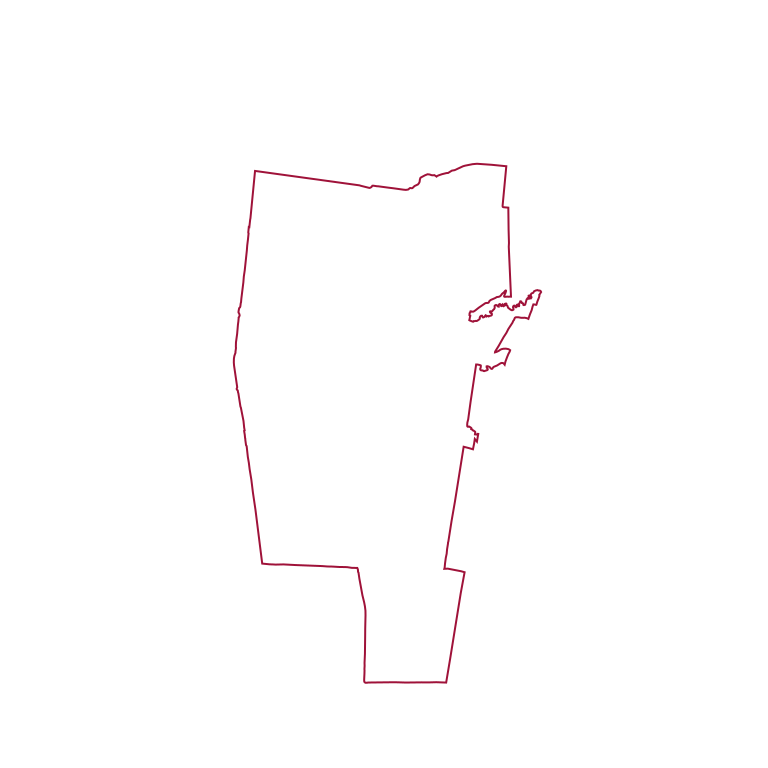 the district of Tatarastii De Sus, Teleorman, Romania, rotated 128°
{"feature_id": "2599482B7742173456178", "entity_name": "Tatarastii De Sus", "entity_type": "district", "adm_level": 2, "iso_a3": "ROU", "parent_name": "Romania", "parent_adm1": "Teleorman", "projection": "orthographic", "projection_center": [25.114, 44.405], "detail": "fine", "context": "isolated", "style": "outline", "palette": "rose", "viewbox_px": 768, "rotation_deg": 128, "n_neighbors": 0, "source": "geoboundaries", "source_scale": "gbopen_adm2", "svg_char_len": 6082}
<svg xmlns="http://www.w3.org/2000/svg" viewBox="0 0 768 768"><g transform="rotate(128 384 384)"><path d="M217.6,486.3L219.0,488.5L224.1,497.3L226.5,501.3L231.9,510.5L232.5,511.3L234.3,514.5L234.9,515.2L236.6,515.2L237.8,515.7L238.3,516.0L238.7,516.7L242.0,524.1L242.6,525.7L295.5,616.8L335.6,591.3L336.8,590.7L343.3,586.7L343.5,587.2L348.1,584.3L348.5,583.9L348.6,583.5L354.0,580.1L359.0,577.1L363.2,574.3L380.2,563.7L385.5,560.7L390.5,557.4L404.5,549.0L407.6,547.0L408.6,546.6L411.1,545.1L412.1,544.7L413.5,544.8L416.4,543.3L417.3,542.6L417.6,541.6L418.6,540.2L419.0,539.9L420.3,539.5L421.1,539.5L421.4,539.2L424.5,537.2L426.9,535.8L434.9,530.6L442.3,526.3L446.2,523.4L446.6,522.9L450.2,520.8L450.9,520.2L451.4,520.1L454.0,519.2L456.4,517.9L459.5,515.6L461.8,513.5L476.9,497.7L478.6,497.1L479.0,496.4L479.1,495.3L480.5,493.8L481.0,493.0L490.3,483.1L490.6,482.4L499.6,472.0L504.5,467.3L506.4,465.2L507.0,465.4L507.5,464.9L509.6,462.6L512.2,460.1L512.7,459.4L513.3,459.0L516.8,455.4L517.3,454.8L517.4,454.2L517.8,453.7L525.3,446.4L529.3,442.0L533.8,437.5L540.9,429.8L550.3,420.4L562.1,408.0L600.5,369.4L596.5,363.1L594.4,360.2L593.1,358.3L588.1,352.2L581.1,342.2L565.6,320.7L562.6,316.2L559.6,312.2L556.1,307.1L552.1,301.8L550.9,300.1L548.7,296.2L545.4,291.8L546.1,290.6L546.6,290.0L548.0,288.8L548.3,288.0L552.6,283.5L563.8,270.9L568.2,265.3L571.0,262.1L574.0,259.1L577.6,256.2L588.2,248.3L594.7,243.3L608.5,232.8L615.8,227.6L618.1,225.7L620.7,223.9L621.7,223.0L624.4,221.0L629.2,217.6L630.3,216.7L630.8,216.1L630.9,214.8L629.8,213.4L629.1,212.8L626.6,209.7L615.1,195.3L610.9,189.9L605.9,183.1L595.9,170.6L592.0,165.5L586.8,159.2L581.0,151.2L560.0,162.6L501.5,194.8L482.7,204.6L484.1,208.0L490.2,220.0L492.5,222.7L491.3,223.2L487.7,225.5L482.9,228.3L479.2,230.1L475.3,232.6L470.4,235.3L469.4,236.0L468.7,236.2L450.4,246.4L433.0,255.7L384.4,282.6L382.3,277.8L380.7,273.7L375.5,276.3L371.4,278.6L372.2,275.3L365.3,279.0L365.5,279.4L365.7,279.6L366.5,279.4L367.7,281.3L365.7,282.5L365.5,282.9L365.6,284.8L365.9,285.6L365.6,286.1L365.5,286.4L365.9,287.5L365.1,288.0L364.9,288.2L364.9,288.7L365.1,290.7L365.2,290.9L366.0,291.4L366.1,292.2L366.0,292.4L365.0,293.3L363.0,294.6L360.0,295.9L345.1,304.6L311.9,323.4L311.1,322.3L310.1,320.3L309.8,319.2L310.1,318.8L311.6,317.9L312.9,317.5L313.4,316.9L313.5,316.2L313.4,315.8L312.5,314.5L312.5,313.6L312.2,313.0L310.0,311.5L309.5,311.2L308.9,311.1L308.4,311.4L307.9,312.9L307.5,313.6L306.9,314.0L306.4,313.6L306.0,312.8L305.6,311.3L305.6,310.9L306.0,309.5L305.9,308.7L305.7,308.3L305.2,308.1L303.5,308.2L302.8,308.0L299.8,306.3L295.9,304.9L294.9,304.2L294.2,303.1L294.2,302.1L294.5,300.8L291.6,302.1L287.2,303.5L283.6,304.5L281.5,304.8L280.1,305.2L279.7,305.4L279.8,306.9L280.0,307.6L281.1,309.7L282.7,311.6L284.3,312.9L285.5,313.5L287.0,313.9L288.7,314.7L290.2,315.6L290.7,316.0L290.0,316.4L283.3,317.1L273.5,318.6L268.6,319.0L263.9,319.9L256.6,320.5L254.8,321.0L253.5,321.0L251.4,321.6L250.6,321.4L250.1,321.0L248.7,319.2L247.4,316.7L246.2,315.1L245.2,314.0L244.2,312.0L243.8,310.3L239.2,311.9L234.9,313.1L231.5,314.6L229.3,315.3L228.6,314.2L228.0,312.8L227.7,312.7L224.7,313.9L220.9,315.0L219.2,315.6L218.8,315.8L218.3,316.5L214.8,316.8L214.4,317.6L214.3,318.2L214.8,319.3L215.3,319.9L215.4,320.7L216.6,321.8L218.4,322.8L218.8,322.8L219.9,322.6L220.3,322.6L221.8,323.5L222.5,323.5L223.4,323.2L223.9,322.9L224.8,321.2L225.2,321.0L226.2,321.0L226.4,321.4L225.5,322.6L225.0,323.6L224.9,324.1L225.4,324.4L225.7,324.2L226.8,322.5L227.2,322.1L227.5,322.2L227.7,322.6L227.5,323.3L227.6,323.6L227.9,323.7L228.5,323.2L229.1,323.7L229.5,323.7L234.6,321.6L235.7,322.3L235.9,322.7L235.7,323.1L235.0,323.9L234.9,324.3L234.9,324.6L235.3,325.2L235.1,325.7L234.7,326.2L234.5,326.6L234.6,327.0L234.9,327.5L235.4,327.4L236.5,327.0L237.7,327.0L238.9,325.8L239.5,325.5L239.8,325.9L239.1,327.3L239.1,327.6L239.7,328.0L240.1,328.0L240.4,327.9L241.0,327.3L241.5,327.0L242.3,327.2L242.5,327.7L241.9,329.3L242.0,329.6L242.4,329.9L243.3,330.0L243.9,329.7L244.2,329.5L245.1,328.2L245.6,327.8L246.5,328.1L247.0,328.5L247.3,329.0L247.5,330.3L247.5,333.2L246.5,334.7L246.3,335.3L246.5,336.0L247.2,336.8L245.7,336.8L245.4,337.0L245.4,337.3L245.7,337.6L246.5,338.1L247.2,338.0L248.9,337.5L249.2,337.7L249.2,337.9L248.3,339.6L248.8,339.7L250.1,339.3L250.4,339.5L250.4,339.8L249.7,341.0L249.6,341.6L249.7,342.0L250.3,342.3L250.9,342.3L251.5,341.9L252.2,341.3L252.4,341.2L252.6,341.6L252.8,342.2L252.5,343.4L252.6,344.0L252.8,344.4L253.7,344.9L254.4,344.9L255.9,343.6L257.2,343.3L257.9,343.5L260.3,343.6L260.6,343.9L261.1,344.8L261.5,345.1L261.9,345.0L262.2,344.5L262.3,344.1L262.2,342.5L262.4,342.0L263.5,341.5L264.3,341.8L265.2,342.6L266.3,343.1L266.3,343.3L266.2,343.8L266.5,344.2L267.7,344.8L267.2,345.9L267.2,346.2L267.8,346.3L269.1,346.1L269.8,346.4L270.6,346.9L270.6,347.4L269.8,348.7L269.9,348.9L270.5,349.5L271.5,349.7L272.1,349.6L272.8,349.4L273.6,348.7L274.7,348.8L276.9,349.5L277.5,350.0L277.9,350.7L278.8,351.4L279.3,352.1L280.0,352.1L280.3,352.7L281.1,355.4L281.2,356.1L279.6,356.8L277.9,357.7L277.2,357.9L277.0,358.1L277.2,358.6L277.2,359.0L275.6,360.1L275.2,360.2L274.5,360.0L273.9,360.5L273.5,360.6L273.2,360.2L272.5,358.8L272.1,358.3L271.7,358.0L270.0,357.4L265.5,356.3L257.9,353.9L257.0,353.1L256.4,352.3L255.6,351.7L255.2,351.7L253.6,352.0L252.0,351.6L248.0,349.4L246.0,348.6L244.8,347.4L243.8,346.7L242.5,346.4L240.5,346.5L239.2,346.3L238.6,346.0L236.0,345.9L235.4,345.7L235.3,345.4L235.5,345.1L237.3,344.4L240.2,343.7L240.9,343.4L241.1,343.0L241.0,342.6L240.8,342.3L239.2,340.6L238.7,339.8L237.0,337.7L199.0,370.2L196.0,372.3L185.6,380.9L168.5,394.6L171.1,398.6L171.3,399.4L170.8,400.1L137.1,421.7L144.9,434.0L153.2,446.3L156.2,449.5L162.0,454.5L163.8,455.8L172.0,460.0L174.1,461.9L178.2,463.4L179.4,464.7L183.0,467.5L185.6,469.2L187.6,470.3L188.2,470.3L188.4,472.9L189.4,473.9L189.8,474.5L190.2,475.2L190.8,477.0L191.9,478.8L194.3,480.2L198.6,482.1L199.1,482.2L200.6,481.7L202.8,480.4L204.1,480.1L205.8,480.1L209.2,481.8L212.1,482.2L212.6,482.6L213.4,484.0L213.7,484.2L215.9,484.7L217.6,486.3Z" fill="none" stroke="#9f1239" stroke-width="2"/></g></svg>